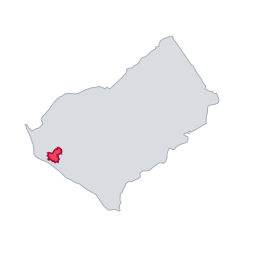 Wassa East, Western, Ghana shown in context, rotated 56°
{"feature_id": "2480657B7921909152770", "entity_name": "Wassa East", "entity_type": "district", "adm_level": 2, "iso_a3": "GHA", "parent_name": "Ghana", "parent_adm1": "Western", "projection": "albers", "projection_center": [-1.647, 5.368], "detail": "fine", "context": "in_parent", "style": "filled", "palette": "rose", "viewbox_px": 256, "rotation_deg": 56, "n_neighbors": 0, "source": "geoboundaries", "source_scale": "gbopen_adm2", "svg_char_len": 5158}
<svg xmlns="http://www.w3.org/2000/svg" viewBox="0 0 256 256"><g transform="rotate(56 128 128)"><path d="M155.3,36.7L157.1,38.4L157.5,39.4L156.9,43.2L155.5,45.8L154.7,48.2L154.8,49.5L155.6,50.7L158.4,52.6L159.9,53.9L161.6,55.8L163.5,57.6L166.8,60.0L168.2,60.4L168.2,61.1L167.7,62.0L167.4,71.1L167.2,73.4L166.9,74.6L166.7,77.9L166.3,78.4L165.7,78.4L165.1,78.5L165.0,79.2L165.2,79.9L167.2,80.3L166.8,80.8L165.3,81.3L164.6,82.3L164.9,83.5L164.1,84.4L164.3,85.0L164.8,85.5L165.7,85.3L168.0,83.8L169.0,83.6L170.2,83.9L172.5,86.3L172.6,87.4L171.7,91.4L170.8,94.5L170.6,98.6L171.6,100.8L171.5,102.1L170.4,103.2L168.1,104.8L168.3,105.9L169.4,107.9L171.3,110.1L175.2,112.9L177.2,116.5L177.3,117.9L176.1,119.4L174.7,120.7L174.3,122.5L174.9,134.6L171.9,139.9L171.9,141.4L172.2,143.1L173.0,144.2L174.6,144.5L175.8,145.5L175.4,149.2L174.7,152.9L174.6,154.8L174.3,155.6L173.1,156.3L172.6,157.5L172.9,159.0L172.7,160.1L173.4,161.5L174.8,163.2L177.0,167.6L177.8,167.9L178.2,168.8L178.0,169.7L178.9,171.6L181.3,173.5L183.9,175.2L186.0,175.4L186.5,176.9L187.9,178.8L188.9,179.7L190.5,180.2L191.8,180.5L191.9,182.1L189.5,183.2L188.0,184.9L186.7,187.4L185.1,190.2L179.3,191.7L177.1,191.7L165.2,191.8L154.0,197.3L147.6,199.3L143.7,202.4L138.4,204.6L134.7,207.3L127.0,208.6L114.3,212.8L110.4,214.4L106.4,217.4L99.9,220.8L97.3,220.7L92.2,217.5L88.4,215.9L79.0,213.5L72.0,212.5L68.7,211.4L67.7,211.3L68.5,210.1L70.5,210.0L72.5,210.4L74.1,209.5L76.4,209.4L77.0,208.5L77.2,206.2L77.1,204.3L77.9,203.5L78.1,201.3L77.0,196.4L76.2,195.9L72.2,195.2L71.9,194.2L71.1,193.2L70.4,190.7L69.5,187.0L68.1,182.3L65.3,174.7L64.7,172.0L64.2,169.3L64.1,166.0L64.7,164.8L64.6,163.1L64.4,161.4L66.3,157.5L70.1,152.8L70.9,151.1L71.6,149.9L71.7,148.2L72.4,142.7L74.2,136.0L75.3,133.5L76.1,132.1L77.0,129.9L77.3,128.8L80.7,126.2L82.3,125.5L82.7,124.5L82.2,123.3L82.4,122.6L83.2,122.2L84.5,121.9L85.4,120.8L84.0,112.6L82.8,104.4L82.8,103.7L82.0,102.5L81.4,99.1L80.2,97.2L78.6,96.6L78.6,94.7L80.2,91.6L80.7,89.7L79.9,89.2L79.8,87.7L80.3,85.4L80.0,84.0L79.7,82.4L78.0,78.8L77.6,76.3L78.5,74.8L78.5,71.6L77.6,66.5L77.4,63.4L78.1,62.1L77.8,60.8L76.5,59.6L76.4,58.5L77.5,57.3L77.4,56.5L76.0,55.8L74.9,54.3L73.8,51.8L74.0,47.9L76.0,40.7L76.3,40.1L78.5,40.1L78.5,40.5L85.5,40.4L93.4,40.3L102.9,40.2L111.5,40.2L111.9,39.8L113.3,39.4L122.0,40.2L127.4,39.8L129.7,40.0L131.4,40.5L135.2,40.2L137.2,40.4L138.7,42.2L139.3,42.2L140.2,41.4L141.7,40.5L143.2,39.8L144.3,38.4L144.9,37.4L145.9,37.6L147.4,37.5L148.3,36.6L148.7,35.2L155.3,36.7Z" fill="#d9dde1" stroke="#a8b0b8" stroke-width="1"/><path d="M112.0,209.4L112.3,209.3L112.4,209.2L112.4,209.3L112.5,209.3L112.6,209.2L112.7,209.3L112.8,209.2L113.0,209.2L113.3,209.1L113.3,208.9L113.6,209.0L113.7,208.9L113.6,208.7L113.7,208.4L113.7,208.2L113.8,208.0L114.0,208.0L114.0,207.9L114.3,207.9L114.5,207.9L114.8,207.8L115.0,207.8L115.3,207.8L115.5,207.9L115.8,207.8L116.0,207.6L115.9,207.4L115.9,207.2L115.9,206.7L116.0,206.3L116.0,206.2L116.5,205.5L117.3,205.2L117.0,204.8L116.9,204.7L116.2,204.1L115.9,204.0L115.7,203.9L115.5,202.8L115.1,202.9L115.0,202.6L114.9,202.4L114.7,202.3L114.3,202.2L114.2,202.3L114.0,202.5L113.9,202.5L113.9,202.4L113.7,202.3L113.6,202.2L113.3,202.2L113.1,202.1L112.9,202.0L112.7,202.0L112.7,201.9L112.4,201.9L112.2,201.9L112.1,202.0L111.8,202.0L111.7,201.9L111.7,202.0L111.6,201.9L111.6,202.0L111.5,201.9L111.4,201.8L111.4,201.7L111.2,201.6L110.9,201.5L110.7,201.6L110.7,201.4L110.8,201.1L111.0,201.0L111.4,200.9L111.4,200.6L111.2,200.5L111.1,200.4L111.1,200.0L111.1,199.9L111.1,199.7L111.0,199.3L111.1,198.9L111.1,198.7L111.3,198.5L111.5,198.5L111.6,198.4L111.7,198.1L111.7,197.9L111.8,197.8L111.7,197.8L111.7,197.7L111.5,197.4L111.3,197.5L111.3,197.4L111.2,197.3L111.2,197.2L111.0,196.9L110.9,196.7L110.8,196.4L110.7,196.4L110.6,196.2L110.4,196.1L110.2,196.0L109.9,195.9L109.6,196.1L109.4,196.2L109.3,195.8L109.2,195.5L109.1,195.4L108.8,195.3L108.7,195.3L108.4,195.4L108.2,195.4L108.2,195.5L107.8,195.6L107.7,195.7L107.5,195.8L107.3,195.8L107.2,195.7L105.0,196.7L105.1,196.9L105.2,197.1L105.2,197.3L105.2,197.5L105.2,197.8L105.1,198.0L105.3,198.2L105.5,198.3L105.6,198.2L105.8,198.1L106.0,198.1L106.1,198.3L106.2,198.5L105.9,198.8L105.8,199.0L105.7,199.1L105.7,199.3L105.4,199.4L105.3,199.5L105.1,199.7L105.1,199.8L105.0,200.0L105.3,200.3L105.3,200.5L105.2,200.8L105.5,201.9L105.8,202.6L106.1,203.2L106.6,204.0L106.9,204.9L106.5,205.3L105.8,205.8L105.4,206.3L105.0,206.7L104.5,207.1L104.1,207.4L104.3,208.2L104.1,208.4L104.4,208.4L104.8,208.6L104.9,208.8L105.1,208.8L105.3,209.0L105.5,209.0L105.8,209.3L105.8,209.5L106.0,209.7L106.0,209.8L106.0,210.0L106.1,209.9L106.2,210.0L106.3,210.1L106.5,210.1L106.8,210.1L107.0,210.0L107.2,209.9L107.3,209.9L107.5,210.1L107.8,210.2L107.9,210.3L108.0,210.4L108.1,210.5L108.4,210.5L109.0,210.5L109.0,210.9L109.0,211.0L109.1,210.9L109.2,211.0L109.2,210.9L109.3,210.9L109.3,211.0L109.4,210.9L109.4,211.0L109.5,211.0L109.5,210.9L109.6,211.0L109.6,210.9L109.7,211.0L109.8,211.0L110.0,211.1L110.0,210.9L110.2,210.7L110.3,210.5L110.5,210.5L110.5,210.4L110.6,210.2L110.8,210.2L110.9,209.9L110.9,209.7L111.0,209.7L111.3,209.5L111.5,209.4L112.0,209.4Z" fill="#f43f5e" stroke="#9f1239" stroke-width="1.5"/></g></svg>